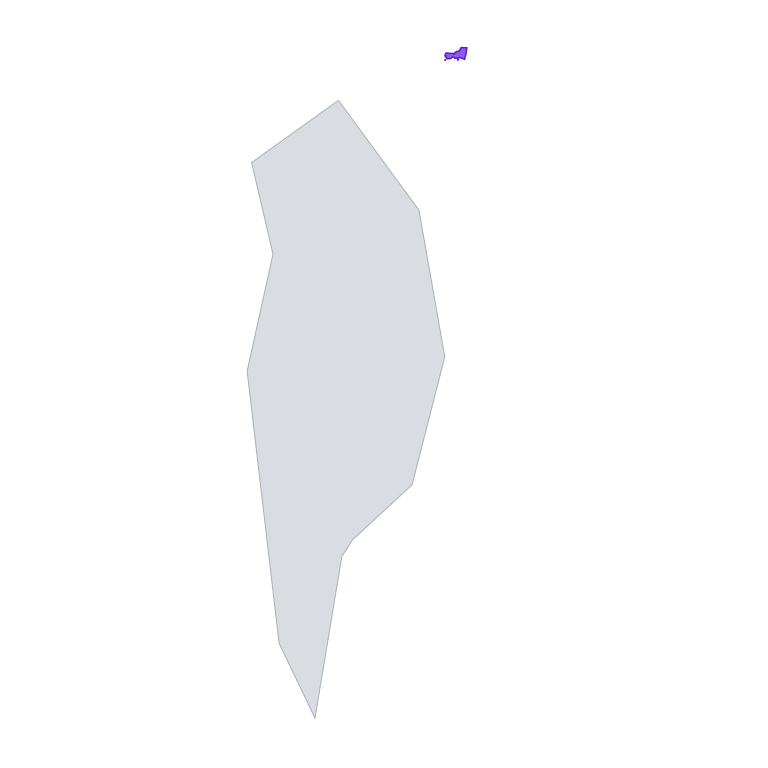 location of Meyuns, Koror, Palau, rotated 164°
{"feature_id": "81905179B89717668575285", "entity_name": "Meyuns", "entity_type": "district", "adm_level": 2, "iso_a3": "PLW", "parent_name": "Palau", "parent_adm1": "Koror", "projection": "orthographic", "projection_center": [134.46, 7.354], "detail": "fine", "context": "in_parent", "style": "filled", "palette": "violet", "viewbox_px": 768, "rotation_deg": 164, "n_neighbors": 0, "source": "geoboundaries", "source_scale": "gbopen_adm2", "svg_char_len": 1997}
<svg xmlns="http://www.w3.org/2000/svg" viewBox="0 0 768 768"><g transform="rotate(164 384 384)"><path d="M450.2,633.4L349.6,669.2L302.5,541.4L318.1,393.3L384.8,279.4L457.2,242.9L472.1,229.8L542.4,81.9L556.3,163.5L512.0,434.1L454.9,539.5L450.2,633.4Z" fill="#d9dde1" stroke="#a8b0b8" stroke-width="1"/><path d="M217.9,685.4L218.2,684.9L218.5,684.8L218.6,684.6L218.8,684.3L219.0,684.1L219.2,683.9L219.3,683.9L219.8,683.8L220.2,683.6L220.4,683.2L220.6,683.2L221.1,683.2L222.2,683.5L222.2,683.4L222.5,683.4L223.3,683.4L223.7,683.3L224.1,683.0L224.4,683.1L224.9,682.9L225.2,682.6L225.4,682.5L226.0,682.3L226.1,682.1L226.1,681.8L226.4,681.9L226.4,682.1L226.3,682.4L226.6,682.6L226.9,682.7L227.4,682.9L227.7,682.8L227.7,682.7L227.8,682.9L227.9,683.0L228.2,683.1L228.9,683.4L229.0,683.7L229.4,683.6L229.7,683.7L230.0,683.7L230.1,683.8L230.6,684.1L230.8,684.2L231.4,684.5L231.7,684.6L232.3,685.0L232.8,685.0L233.5,684.9L234.0,684.3L234.5,683.4L234.7,683.2L234.8,683.0L234.9,682.8L234.9,682.4L234.0,682.1L234.0,681.9L234.1,681.7L234.2,681.3L234.4,680.9L234.2,680.7L234.0,680.3L234.1,680.0L234.2,679.4L233.9,679.3L233.1,679.1L232.5,679.0L231.7,678.9L231.4,678.8L231.0,678.7L230.9,678.4L229.9,678.6L229.6,678.7L228.8,679.1L228.5,679.3L228.2,679.3L227.8,679.4L227.7,679.4L227.3,679.2L227.2,679.1L226.7,678.9L226.5,678.6L226.3,677.6L224.1,677.2L223.9,676.9L223.7,676.7L223.6,676.3L223.8,675.1L223.7,675.1L223.3,675.1L223.1,676.0L222.9,676.8L222.7,677.0L222.4,677.2L221.7,677.2L220.7,676.8L220.5,676.4L219.9,675.9L219.7,675.7L219.2,675.5L219.0,675.3L218.8,675.1L218.0,674.7L217.8,674.5L217.6,674.3L217.5,674.2L217.4,674.1L217.1,673.9L216.8,673.8L216.7,673.8L216.3,673.8L216.5,673.8L217.0,674.0L216.8,674.5L215.5,676.6L214.4,678.3L214.3,678.5L211.7,684.3L214.1,685.2L217.2,686.1L217.5,685.8L217.9,685.4ZM235.6,678.2L235.2,678.3L235.3,678.3L235.5,678.4L235.7,678.5L235.8,678.7L236.0,678.8L236.2,678.6L236.1,678.3L235.9,678.3L235.7,678.3L235.6,678.2Z" fill="#8b5cf6" stroke="#5b21b6" stroke-width="1.5"/></g></svg>